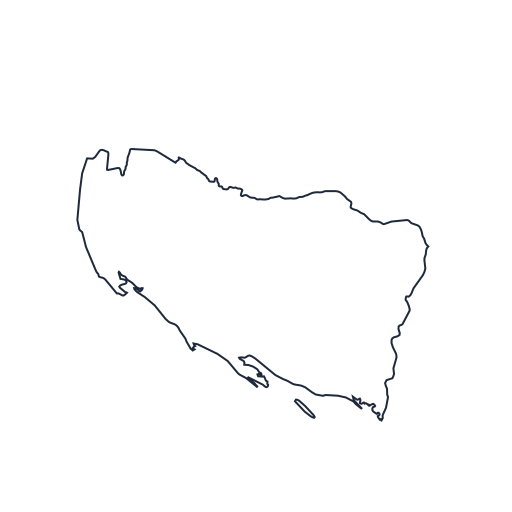 SVG path tracing the border of Inhambane, rotated 123°
{"feature_id": "MOZ-1925", "entity_name": "Inhambane", "entity_type": "Province", "adm_level": 1, "iso_a3": "MOZ", "parent_name": "Mozambique", "parent_adm1": "", "projection": "albers", "projection_center": [34.454, -22.902], "detail": "fine", "context": "isolated", "style": "outline", "palette": "slate", "viewbox_px": 512, "rotation_deg": 123, "n_neighbors": 0, "source": "natural_earth", "source_scale": "10m", "svg_char_len": 6076}
<svg xmlns="http://www.w3.org/2000/svg" viewBox="0 0 512 512"><g transform="rotate(123 256 256)"><path d="M325.1,61.2L324.7,61.9L324.7,62.4L325.9,62.6L325.2,64.8L324.7,65.8L323.9,66.7L322.9,66.1L321.9,66.0L321.1,66.5L320.7,67.7L321.0,68.4L322.6,68.7L322.7,69.3L322.6,70.1L322.6,72.9L321.9,74.4L320.7,75.3L319.1,75.6L317.7,74.5L316.9,74.4L316.3,75.6L316.1,77.0L316.7,77.7L317.5,78.1L318.9,79.0L319.7,79.2L320.0,79.7L320.0,80.2L319.9,80.8L319.6,81.2L319.4,81.1L319.6,82.2L319.5,83.1L319.7,83.8L320.7,84.5L320.1,85.7L320.7,86.2L321.8,86.6L322.6,87.2L322.8,88.6L322.1,89.2L321.0,89.4L319.9,90.0L319.0,91.2L319.3,91.6L320.3,91.8L321.3,92.7L321.5,93.8L321.2,98.1L323.6,95.6L326.4,83.8L326.5,85.5L325.8,92.0L324.9,94.9L325.7,103.6L328.6,111.3L334.2,121.1L335.5,122.8L336.7,123.5L339.6,130.4L339.8,134.6L339.3,143.3L340.1,147.6L342.8,153.8L343.2,155.4L343.6,161.8L344.5,166.5L345.3,174.9L342.4,200.5L342.4,204.8L342.9,207.2L344.2,208.4L345.8,209.1L347.4,210.0L349.1,213.3L350.5,214.8L351.1,213.7L350.8,209.3L351.5,207.8L353.6,206.6L351.5,202.9L350.3,198.0L350.3,193.2L351.9,189.5L351.5,188.5L351.6,187.8L352.0,187.2L352.6,186.7L353.6,189.6L354.5,190.3L355.7,188.7L353.4,184.5L352.6,183.9L353.1,182.7L355.1,179.9L355.2,179.3L355.1,178.0L356.9,177.0L357.1,176.8L357.5,175.6L358.4,175.2L359.5,175.3L360.2,175.7L360.6,176.7L360.5,177.8L360.2,180.2L362.0,197.1L362.7,195.4L363.1,193.7L363.5,188.1L364.3,185.7L364.6,184.0L365.2,184.0L363.9,196.4L363.8,198.4L364.4,204.9L364.2,207.1L359.5,222.5L359.1,235.0L361.8,256.8L363.4,260.7L364.3,259.5L364.6,258.9L364.7,258.0L366.3,258.8L367.8,258.8L368.5,258.3L367.8,257.3L367.8,256.7L369.7,257.6L369.2,260.5L365.8,267.3L363.7,270.3L360.1,279.1L358.4,282.1L357.8,283.7L357.5,285.7L357.7,287.8L358.6,291.5L358.7,293.5L358.0,297.7L352.6,314.0L351.0,327.0L351.0,335.6L350.7,337.6L350.1,339.8L349.3,340.7L348.4,338.7L348.5,336.8L348.9,335.0L348.6,333.7L346.3,333.2L344.8,333.5L345.1,334.3L346.1,335.1L346.6,335.3L347.1,337.6L347.2,338.7L347.0,340.6L346.1,344.5L345.9,346.5L346.0,349.8L345.9,351.1L345.6,352.1L344.9,353.5L344.6,354.5L345.1,357.0L345.2,358.2L345.0,359.3L344.1,361.2L343.9,362.3L344.7,362.2L349.0,357.2L347.5,353.7L347.4,351.9L348.3,350.3L349.7,350.1L351.0,350.9L353.3,353.1L355.1,353.9L356.1,354.0L356.7,353.1L357.5,346.1L357.1,344.9L357.1,344.2L360.8,345.2L361.8,346.3L362.2,350.7L362.5,351.5L363.0,351.8L363.2,352.3L357.8,369.6L357.6,371.6L357.8,372.9L358.6,375.0L358.8,376.1L358.5,377.0L357.2,378.2L356.9,378.8L356.4,380.7L355.3,382.6L341.1,403.4L330.7,414.7L330.5,415.7L330.4,417.0L330.2,417.9L329.8,418.8L323.0,425.5L296.2,439.7L281.4,446.8L266.1,450.8L263.3,445.9L260.5,444.8L253.4,444.5L251.9,444.1L251.0,443.2L250.5,442.1L250.1,440.7L250.0,439.3L249.6,437.8L249.5,436.7L250.3,435.8L251.4,435.0L264.3,428.3L264.8,427.7L264.5,427.0L257.6,420.0L256.8,418.5L257.2,417.3L257.9,416.3L260.7,413.6L261.3,412.5L261.3,412.0L261.0,411.6L260.1,411.3L259.5,411.3L256.7,412.7L254.3,412.8L253.7,413.0L252.4,413.8L250.1,414.0L249.6,414.2L247.9,415.3L246.0,415.8L243.9,417.0L242.8,417.4L239.0,418.2L235.2,419.5L234.6,419.2L233.9,418.4L222.7,398.9L222.3,397.3L222.1,395.8L221.6,374.3L221.3,374.2L220.4,374.3L219.9,374.3L218.5,373.6L217.5,373.3L216.9,373.4L216.3,373.7L215.7,374.4L215.4,374.4L215.3,374.1L215.3,372.5L214.6,369.6L214.6,368.4L214.9,367.4L215.8,365.5L216.0,364.5L215.9,363.5L216.1,361.6L215.5,354.8L215.8,353.1L215.9,352.1L215.5,350.3L215.4,349.3L215.5,348.6L215.8,347.5L215.8,345.9L216.0,344.1L216.1,341.6L216.2,341.1L217.3,339.5L217.5,337.9L218.4,336.7L218.6,336.2L218.6,335.5L218.4,334.8L217.0,332.2L216.6,331.7L216.2,331.5L215.7,331.5L214.3,332.2L213.3,332.5L212.7,332.3L212.4,331.9L212.4,331.3L212.8,330.4L214.7,328.8L214.9,328.4L215.8,326.5L217.1,325.7L217.4,325.2L217.5,324.5L216.7,323.2L216.4,322.6L216.5,322.1L217.4,320.8L217.6,320.2L217.4,319.4L216.2,317.0L215.6,316.3L214.9,316.0L213.7,316.0L212.7,315.8L212.0,315.0L211.4,312.7L211.1,312.0L210.7,311.5L209.8,310.6L209.6,310.1L209.4,308.2L208.4,306.4L208.0,305.0L208.0,303.8L208.2,303.4L208.6,303.1L210.1,302.9L212.7,302.1L213.2,301.8L213.4,301.4L213.5,300.7L213.0,299.9L211.4,298.9L210.7,298.0L210.3,297.4L210.1,296.6L210.1,293.9L210.0,292.6L209.6,291.7L208.4,289.6L208.1,288.8L208.0,287.9L208.0,286.4L207.6,285.3L206.3,283.7L204.2,279.9L203.1,278.4L202.6,277.9L201.5,276.7L201.1,276.4L199.9,275.9L199.2,275.4L198.2,274.1L197.1,272.9L196.0,272.0L195.0,270.8L193.7,269.8L193.1,269.1L192.9,268.5L192.9,266.7L192.7,264.9L192.1,262.9L188.8,258.4L187.3,255.6L186.1,254.1L185.4,253.4L182.9,251.8L181.2,249.4L180.4,248.7L178.8,247.7L176.6,245.8L175.1,245.0L172.4,243.1L170.7,241.4L168.9,239.0L168.2,237.6L167.0,235.9L166.0,234.9L164.8,234.1L163.7,233.0L158.1,224.3L157.1,221.9L156.9,220.7L156.8,219.4L157.6,213.7L158.6,210.7L158.8,206.4L158.9,205.8L159.5,205.0L160.3,204.5L163.0,203.5L163.4,203.3L163.8,202.9L163.9,202.4L164.0,201.8L163.8,199.9L162.7,195.9L162.6,194.6L162.7,192.8L162.6,190.9L162.1,188.5L162.1,187.9L163.5,181.4L163.8,178.9L163.5,177.0L160.6,172.4L160.2,170.9L160.0,169.4L160.0,166.9L159.7,166.1L153.3,161.1L143.8,149.2L143.4,148.5L143.2,147.8L143.2,146.6L143.7,144.5L143.8,143.6L143.6,142.5L142.3,137.3L142.3,135.5L142.6,134.4L144.1,131.8L146.0,129.6L148.1,127.6L148.7,126.8L150.1,124.2L152.9,120.8L153.7,118.8L154.2,116.7L154.6,116.8L156.8,116.9L158.7,116.3L162.2,114.5L165.9,113.6L167.9,112.4L174.2,107.2L177.5,106.1L181.2,105.6L197.3,106.3L202.6,105.3L204.9,105.2L206.9,105.8L207.7,107.4L208.2,107.9L209.2,107.7L211.2,106.7L211.6,106.0L212.1,104.3L214.7,100.6L216.6,98.4L218.2,97.4L233.5,96.0L234.7,96.6L235.9,97.6L237.4,98.0L239.6,96.8L242.2,93.6L244.1,92.6L246.3,93.6L249.1,96.1L250.6,96.7L252.3,96.7L255.2,94.9L257.9,91.6L261.9,85.0L264.5,82.9L275.3,79.6L279.8,76.0L281.4,75.5L283.5,75.1L284.3,75.1L288.4,78.4L289.3,78.9L292.3,78.5L294.3,76.3L295.9,73.9L300.9,70.4L301.5,69.7L301.9,68.9L303.0,68.2L312.5,64.3L319.8,63.2L321.0,62.8L323.0,61.4L325.1,61.2ZM358.1,121.0L359.1,119.1L360.0,119.1L360.5,120.7L360.6,123.1L360.0,130.3L356.6,144.2L354.7,144.3L354.0,142.9L353.9,140.9L355.0,133.4L358.1,121.0Z" fill="none" stroke="#1e293b" stroke-width="2"/></g></svg>